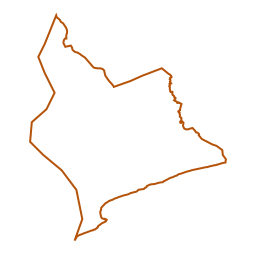 Gomoa Central, Central, Ghana
{"feature_id": "2480657B15531990631346", "entity_name": "Gomoa Central", "entity_type": "district", "adm_level": 2, "iso_a3": "GHA", "parent_name": "Ghana", "parent_adm1": "Central", "projection": "mercator", "projection_center": [-0.697, 5.353], "detail": "fine", "context": "isolated", "style": "outline", "palette": "amber", "viewbox_px": 256, "rotation_deg": 0, "n_neighbors": 0, "source": "geoboundaries", "source_scale": "gbopen_adm2", "svg_char_len": 5511}
<svg xmlns="http://www.w3.org/2000/svg" viewBox="0 0 256 256"><path d="M74.6,240.6L74.9,240.0L75.3,239.5L75.4,239.0L75.6,238.7L75.9,238.4L76.1,237.9L76.4,237.4L76.6,236.9L77.2,236.4L78.0,235.9L78.9,235.3L79.9,234.9L81.8,234.2L83.1,233.7L84.5,233.0L85.7,232.7L87.1,232.2L88.1,231.8L89.2,231.4L90.0,231.1L91.5,230.5L92.1,230.4L92.8,230.4L93.3,229.9L93.7,229.7L94.6,229.6L94.9,229.6L95.3,229.1L95.8,228.9L96.3,228.5L97.0,227.8L97.3,227.8L97.4,227.4L97.8,227.2L98.0,226.3L98.3,225.9L99.0,225.4L99.6,225.1L100.4,224.5L101.4,223.6L102.2,223.1L103.3,222.6L105.1,221.8L105.4,221.6L105.7,221.5L105.9,221.2L105.7,220.9L105.8,220.7L106.1,220.4L106.6,220.1L106.7,219.7L106.3,219.5L106.1,219.8L106.0,220.0L105.8,220.0L105.4,219.8L105.3,219.4L105.3,219.1L105.1,218.9L104.6,218.8L103.5,218.8L102.7,218.6L102.3,218.5L101.9,218.2L101.4,217.5L101.2,216.9L101.0,216.0L100.8,215.4L100.5,214.3L100.4,212.9L100.2,212.1L100.3,211.6L100.5,211.1L100.8,210.4L101.0,210.1L101.2,207.8L105.1,203.6L105.9,203.0L106.6,202.7L107.3,202.1L108.2,201.6L108.8,201.2L109.2,200.8L109.6,200.8L110.3,200.6L111.0,200.2L111.6,200.0L112.3,199.9L113.1,199.4L115.1,198.4L116.8,197.9L119.3,196.8L120.4,196.6L122.1,195.9L123.5,195.5L124.9,195.1L126.3,194.8L127.8,194.4L128.7,194.1L129.6,193.6L130.5,193.1L132.2,192.7L132.8,192.5L135.8,191.8L136.4,191.6L137.1,191.2L138.3,189.9L138.6,189.7L139.3,189.6L140.8,189.5L141.6,189.3L142.3,189.2L143.2,189.1L143.7,189.0L144.1,188.8L144.5,188.3L144.9,187.9L145.4,187.7L146.0,187.5L146.4,187.2L146.6,186.9L146.7,186.3L147.0,185.9L147.7,185.6L148.4,185.4L149.3,184.9L150.3,184.5L151.4,184.3L154.0,184.1L155.3,183.8L159.4,182.6L160.8,182.4L162.1,182.3L162.6,182.2L163.0,182.0L163.4,181.6L163.8,181.2L164.0,181.2L164.3,181.0L166.5,179.9L167.7,179.3L169.2,178.4L170.6,177.8L171.3,177.5L172.1,177.4L172.9,177.1L173.6,176.8L174.3,176.4L175.2,176.0L175.9,175.9L176.9,175.4L177.6,175.0L177.8,174.8L178.2,174.5L179.1,174.1L180.1,173.9L180.8,173.7L184.3,172.5L186.9,171.6L188.4,171.2L190.4,170.7L191.7,170.2L205.4,167.3L205.7,167.2L206.6,167.2L208.6,166.7L209.0,166.6L209.7,166.2L210.6,166.2L211.7,165.9L212.9,165.6L214.2,165.3L216.0,165.1L216.5,164.7L217.7,164.6L218.5,164.3L221.3,163.4L224.3,162.7L225.5,162.5L225.9,159.2L222.8,155.0L222.3,150.1L216.6,145.9L212.5,144.5L201.8,139.0L200.1,136.9L199.0,135.6L198.8,135.4L198.7,135.1L199.1,134.5L198.9,134.0L198.8,133.8L198.2,133.2L197.9,132.9L197.6,132.7L197.3,132.6L196.7,132.5L196.0,132.4L195.7,131.9L195.2,131.0L194.8,130.5L194.2,129.8L193.6,129.2L193.2,128.8L193.1,128.6L192.7,128.4L192.5,128.2L192.4,128.0L188.8,129.0L188.5,129.2L188.4,129.3L188.0,129.3L187.7,129.4L186.9,129.3L186.7,129.4L186.3,129.3L185.5,129.1L185.3,129.1L184.9,128.9L184.7,128.8L184.0,128.2L183.0,125.8L183.5,122.8L182.9,122.1L182.6,121.9L182.4,121.5L182.1,121.5L181.8,121.6L181.7,121.7L181.6,122.0L181.4,122.5L181.2,122.9L180.8,122.9L180.6,122.8L180.2,122.6L180.1,122.2L180.2,121.7L180.5,121.3L180.7,121.0L181.1,120.6L181.4,120.0L181.4,119.7L181.3,119.0L181.2,118.7L181.4,118.3L181.4,118.0L181.4,117.9L181.1,117.7L180.8,117.4L180.1,117.0L180.0,116.9L179.8,116.5L179.8,116.3L180.0,114.7L179.9,114.5L179.8,114.2L179.6,114.0L179.5,113.9L179.4,113.7L179.6,113.2L179.7,112.9L179.7,112.7L179.3,112.3L178.9,112.3L178.7,112.2L178.5,111.9L178.4,111.7L178.3,111.4L178.4,111.2L178.8,110.9L179.2,110.8L179.4,110.7L180.0,110.3L180.1,110.2L180.1,109.9L179.9,109.7L180.9,105.9L181.5,104.0L180.0,103.2L179.8,102.9L179.7,102.8L179.0,103.0L178.6,102.8L178.6,102.7L178.5,102.4L178.4,102.3L178.1,102.3L177.9,102.6L177.7,102.9L177.4,103.0L177.2,102.9L177.1,102.4L176.8,101.8L176.6,101.7L176.4,101.5L176.1,101.4L175.6,101.1L175.3,101.0L174.6,100.8L174.5,100.7L174.1,100.3L174.7,99.9L175.0,98.7L175.4,98.7L175.5,98.6L175.6,98.2L175.2,97.8L175.0,98.1L174.7,98.1L174.5,97.8L174.4,97.3L174.3,96.7L173.9,96.1L173.9,95.8L173.7,95.6L173.4,95.4L173.1,95.1L172.9,95.1L172.6,94.9L172.3,94.2L172.3,93.3L172.5,92.6L172.5,92.0L172.5,91.9L172.4,91.8L172.2,91.7L170.7,92.0L170.6,91.9L170.2,91.4L170.1,90.1L169.9,89.5L169.8,89.2L169.9,87.1L169.4,86.7L169.3,86.2L169.3,85.8L169.9,85.3L169.9,84.8L169.8,84.6L169.5,83.9L170.1,83.5L170.5,83.7L170.9,83.7L171.0,83.6L171.2,83.4L170.9,83.0L170.7,83.0L170.4,82.8L170.1,82.4L169.9,82.1L169.8,81.8L169.9,81.6L170.2,81.4L170.3,81.3L170.5,80.6L170.5,80.2L170.3,79.9L170.0,79.6L169.8,79.5L169.7,79.3L169.9,79.1L170.2,78.8L170.2,78.7L170.3,78.1L170.2,77.8L170.5,77.7L171.0,77.6L171.4,77.3L171.5,77.2L171.6,76.9L171.5,76.6L171.2,76.2L171.0,75.6L169.5,74.3L168.9,74.1L161.8,68.3L142.1,75.8L130.5,81.0L113.8,86.9L113.5,86.1L111.8,84.0L110.8,82.9L109.6,81.6L107.7,79.2L106.9,77.9L106.2,76.9L105.4,75.8L104.8,73.5L104.1,70.4L102.9,69.2L101.7,68.7L100.3,68.3L97.5,68.3L96.8,68.2L95.0,67.9L94.4,67.8L93.8,67.6L92.7,66.5L84.9,57.5L81.1,55.0L80.5,54.4L78.4,53.1L77.1,52.4L76.9,52.4L75.8,52.2L75.2,52.0L74.6,51.6L73.1,50.4L72.8,50.1L72.6,49.8L72.4,49.3L72.3,49.0L72.1,47.8L72.0,47.4L71.7,47.0L71.5,46.7L71.0,46.1L70.8,45.6L65.3,46.8L63.4,42.9L63.6,41.6L63.8,40.4L64.0,40.1L64.1,39.8L65.2,38.4L66.4,38.5L66.4,38.1L66.3,37.1L66.3,35.9L66.3,35.4L66.4,34.8L66.6,33.9L66.8,33.6L67.0,32.9L67.1,31.2L66.9,30.1L66.8,29.5L66.4,28.5L65.9,27.4L65.6,27.0L65.2,26.5L64.9,26.0L64.6,25.6L64.3,25.1L63.4,23.7L63.0,23.2L61.2,22.1L60.8,21.7L60.5,21.4L60.4,21.0L60.0,20.0L59.9,19.9L58.1,18.3L57.6,18.0L57.2,17.7L56.9,17.3L56.6,16.9L56.4,16.0L56.2,15.4L44.8,43.8L38.3,56.9L44.8,73.2L54.6,92.8L46.5,109.2L31.8,122.2L30.1,141.8L43.2,154.9L61.7,170.3L76.4,189.9L82.3,219.1L74.6,240.6Z" fill="none" stroke="#b45309" stroke-width="2"/></svg>